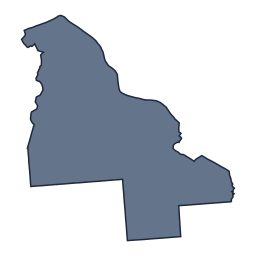 outline of Tomes pag., Keguma, Latvia
{"feature_id": "27541924B49923390023090", "entity_name": "Tomes pag.", "entity_type": "district", "adm_level": 2, "iso_a3": "LVA", "parent_name": "Latvia", "parent_adm1": "Keguma", "projection": "albers", "projection_center": [24.641, 56.746], "detail": "fine", "context": "isolated", "style": "filled", "palette": "slate", "viewbox_px": 256, "rotation_deg": 0, "n_neighbors": 0, "source": "geoboundaries", "source_scale": "gbopen_adm2", "svg_char_len": 4846}
<svg xmlns="http://www.w3.org/2000/svg" viewBox="0 0 256 256"><path d="M104.5,58.6L103.5,54.0L102.9,51.7L101.9,50.0L101.2,48.2L100.3,46.4L99.0,44.8L97.8,43.5L95.8,40.7L92.0,37.3L84.9,32.3L78.6,27.6L68.9,21.4L64.5,17.0L60.9,15.4L58.1,16.1L57.2,16.9L53.7,19.0L50.6,20.4L45.5,22.7L41.9,23.9L38.3,25.2L35.9,26.0L34.0,26.8L32.6,27.4L29.7,28.2L28.2,28.6L27.4,29.1L24.2,30.4L24.8,32.6L24.9,32.9L25.1,33.1L25.3,33.4L25.4,33.8L25.4,34.2L25.0,35.7L24.9,35.7L23.9,36.8L23.7,37.1L21.7,39.2L21.6,39.3L22.3,40.5L22.3,40.9L22.8,41.8L23.7,43.4L25.2,44.9L26.7,46.5L27.4,47.4L27.9,47.4L29.4,46.7L30.4,45.9L31.9,46.4L33.8,44.9L34.7,43.8L37.8,50.3L37.9,50.6L43.4,52.3L43.1,52.5L40.7,54.9L40.9,56.7L41.2,58.3L41.4,59.9L41.5,60.8L41.4,62.4L41.4,63.5L41.2,65.5L40.2,66.2L39.8,66.8L40.0,67.6L39.6,68.4L38.9,69.7L38.8,69.9L38.7,70.2L38.6,70.4L38.5,70.7L38.3,71.1L38.2,71.5L37.9,71.9L37.6,72.3L37.5,73.3L37.9,74.6L36.0,78.2L36.4,80.4L39.0,81.4L39.5,81.3L40.8,83.0L41.3,83.5L42.7,87.0L42.9,90.2L40.1,95.1L36.3,97.1L35.3,101.8L37.6,105.7L36.9,108.9L31.8,111.8L31.5,112.1L31.4,112.3L31.1,113.2L31.0,113.9L30.9,114.9L30.9,115.0L30.9,115.7L30.8,116.0L30.6,118.0L30.5,118.6L30.5,118.8L30.5,119.1L30.6,119.3L30.7,119.8L30.8,120.0L31.2,120.7L31.9,122.1L32.3,122.7L32.5,123.0L32.9,123.4L33.1,123.6L33.3,123.8L33.6,124.1L33.9,124.4L34.1,124.6L34.3,124.8L33.9,125.9L33.4,126.9L32.5,130.1L31.6,133.2L30.8,136.3L29.9,139.5L29.0,142.6L28.1,145.7L27.8,146.8L27.5,147.9L27.8,147.8L27.8,148.0L27.9,149.3L28.0,149.6L28.2,152.8L28.7,158.7L28.8,162.0L29.4,168.4L29.8,172.9L29.9,174.2L30.0,175.5L30.1,176.9L30.2,178.4L30.2,178.6L30.2,178.8L30.3,179.2L30.3,179.6L30.5,183.0L30.8,186.5L34.4,186.2L38.0,185.9L41.5,185.7L45.1,185.4L48.7,185.1L52.3,184.8L54.1,184.6L56.0,184.5L56.7,184.5L57.3,184.5L57.3,184.4L60.9,184.1L64.5,183.9L68.1,183.6L71.6,183.3L75.2,183.0L78.8,182.8L82.4,182.5L85.9,182.2L89.5,181.9L93.1,181.6L96.3,181.4L99.4,181.2L99.8,181.1L100.3,181.1L103.8,180.8L107.4,180.5L111.0,180.2L114.6,179.9L118.1,179.7L121.7,179.4L122.6,179.3L123.1,186.4L123.8,194.6L124.3,201.8L124.9,208.8L125.5,216.0L125.5,217.0L126.1,223.9L126.6,230.3L127.1,236.8L127.4,240.6L135.6,240.0L143.7,239.5L150.7,238.9L158.7,238.3L163.4,238.0L165.6,237.8L173.0,237.2L173.4,237.2L173.5,237.2L174.2,237.1L180.7,236.6L179.7,221.3L178.7,205.7L179.3,205.6L180.8,205.5L182.7,205.4L187.0,205.1L188.0,205.0L191.4,204.8L193.5,204.5L194.9,204.5L195.0,204.5L201.2,204.0L206.1,203.6L209.0,203.4L216.7,202.8L219.9,202.6L224.5,202.2L230.6,201.8L230.8,201.8L231.3,201.5L231.5,201.2L231.3,200.8L231.3,200.5L231.0,200.2L231.3,199.8L231.4,199.6L231.5,199.1L231.7,198.6L232.3,198.1L232.4,197.9L232.5,197.7L232.9,197.1L233.0,196.9L233.0,196.7L233.0,196.4L232.9,195.8L232.9,195.6L232.9,195.3L233.1,194.9L233.4,194.7L233.4,194.4L233.9,194.0L234.0,193.8L234.1,193.6L233.6,193.3L233.2,193.6L232.9,193.7L232.7,193.8L232.7,193.7L232.9,193.4L233.0,193.3L233.0,193.0L232.9,192.6L232.8,192.3L232.8,192.1L233.0,192.0L233.1,191.7L232.9,191.6L232.7,191.7L232.6,191.8L231.8,191.8L231.7,191.6L232.4,191.4L232.6,191.4L232.8,191.2L233.0,190.8L233.0,190.5L233.1,190.2L233.4,189.5L233.9,188.8L234.4,188.3L234.1,187.9L233.8,187.8L233.6,187.7L233.4,187.3L233.1,187.3L232.9,187.2L232.7,186.9L232.6,186.5L232.5,186.3L232.3,186.0L232.2,185.7L232.2,185.3L232.3,185.1L232.2,185.0L232.2,184.9L232.3,184.9L232.5,184.5L232.6,184.4L232.5,184.2L232.4,184.0L232.3,183.9L232.3,183.7L232.5,183.6L232.4,183.4L232.1,183.3L231.9,182.9L231.7,182.2L231.4,181.4L231.1,180.7L231.0,179.9L231.0,179.4L230.9,178.7L230.8,178.3L230.6,178.1L230.3,177.8L230.3,177.5L230.3,177.2L230.1,176.6L229.9,176.1L229.7,175.7L229.1,171.2L224.3,168.2L221.3,166.7L219.9,165.9L216.1,163.6L211.9,161.3L207.4,159.0L205.2,157.6L201.8,155.6L196.1,159.1L195.6,159.4L195.5,159.6L194.9,160.6L194.3,161.4L193.5,160.8L192.8,160.4L191.8,159.7L188.6,157.7L187.6,157.1L183.6,154.6L180.8,154.3L180.3,154.1L178.2,152.2L176.7,151.4L175.3,150.6L174.8,150.2L173.2,148.8L173.2,147.7L173.3,145.6L173.7,145.0L174.5,143.9L177.2,142.3L179.1,142.4L179.2,141.7L179.2,141.4L179.3,141.1L180.1,140.6L180.9,139.4L181.5,138.5L181.4,137.7L180.9,137.3L180.3,136.8L179.1,135.9L180.0,134.7L181.0,133.4L180.4,132.9L179.8,132.5L179.7,132.4L179.2,132.0L178.9,131.8L178.8,128.7L178.8,128.3L179.2,122.9L178.2,122.0L177.2,121.0L175.9,119.8L175.1,119.2L173.9,117.4L171.9,115.3L170.3,113.4L168.9,111.3L166.1,107.1L164.5,105.9L162.8,104.4L161.5,103.5L160.6,102.7L159.3,102.1L156.7,100.9L154.2,100.5L151.9,100.2L149.3,100.0L146.8,100.0L144.1,99.7L140.8,98.8L138.6,98.2L135.9,97.8L133.7,97.2L130.9,96.5L129.6,96.1L127.8,95.6L125.8,94.8L125.6,94.8L124.9,94.4L124.1,94.0L122.4,93.2L120.8,92.2L119.7,90.8L119.7,90.6L118.9,88.2L118.4,84.6L117.8,80.1L117.5,76.9L117.4,74.7L116.7,73.3L115.7,71.7L114.5,70.1L111.5,67.7L109.3,66.3L107.9,64.9L106.9,63.3L105.8,61.7L105.0,60.4L104.5,58.6Z" fill="#64748b" stroke="#1e293b" stroke-width="1.5"/></svg>